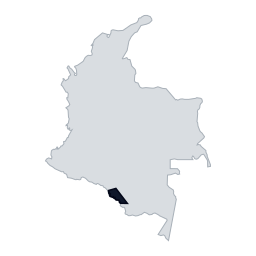 location of Puerto Alegría, Amazonas, Colombia
{"feature_id": "7082276B15256258741932", "entity_name": "Puerto Alegría", "entity_type": "district", "adm_level": 2, "iso_a3": "COL", "parent_name": "Colombia", "parent_adm1": "Amazonas", "projection": "orthographic", "projection_center": [-73.853, -0.95], "detail": "fine", "context": "in_parent", "style": "filled", "palette": "ink", "viewbox_px": 256, "rotation_deg": 0, "n_neighbors": 0, "source": "geoboundaries", "source_scale": "gbopen_adm2", "svg_char_len": 5484}
<svg xmlns="http://www.w3.org/2000/svg" viewBox="0 0 256 256"><path d="M149.5,22.9L146.7,24.1L141.0,25.5L137.2,31.8L134.6,32.9L131.3,36.6L128.9,41.2L127.1,50.5L122.3,58.5L122.7,58.9L124.6,58.5L126.5,57.6L127.1,57.9L127.8,59.3L130.0,59.6L131.8,66.1L135.1,69.4L135.5,70.7L135.9,73.4L134.8,75.0L134.4,80.9L135.5,82.4L138.0,83.0L139.7,86.7L140.7,87.6L142.3,88.1L145.9,87.6L152.6,88.2L154.1,88.1L157.9,86.8L162.6,88.4L166.1,88.7L175.6,99.9L176.6,99.5L177.8,100.2L180.2,99.1L182.2,98.9L184.9,99.4L188.5,99.4L195.7,98.3L196.7,97.7L200.7,98.3L201.8,99.1L202.4,101.2L202.0,102.5L200.6,103.8L199.9,105.5L199.8,107.5L199.1,109.0L197.8,110.0L197.4,111.4L197.7,113.3L197.0,121.8L197.6,122.5L198.0,126.0L199.7,130.5L200.5,131.8L201.9,132.9L204.5,136.6L203.9,137.9L197.5,143.7L197.1,145.0L198.4,144.5L200.4,145.0L201.1,146.4L205.9,150.5L205.9,152.1L207.3,155.2L207.0,155.8L210.4,164.6L210.5,166.4L207.7,166.9L207.6,161.1L207.2,159.9L204.0,154.7L203.4,154.2L201.3,154.8L197.8,158.7L196.2,159.2L194.8,158.7L193.5,156.4L192.7,156.0L191.8,157.9L192.9,159.6L177.4,159.6L174.4,158.9L170.2,159.7L170.2,168.6L177.5,168.7L179.6,171.2L179.4,173.3L179.7,174.0L177.9,174.5L175.4,173.1L170.8,174.7L167.5,175.1L167.2,184.9L169.2,187.3L173.2,189.9L173.7,191.7L173.5,193.4L174.4,195.5L175.7,196.6L175.7,197.9L176.3,199.3L168.5,240.6L165.8,238.1L164.8,235.8L163.5,234.9L160.9,235.6L158.1,234.5L167.1,220.4L166.8,219.2L159.4,215.7L158.6,214.9L155.0,213.0L153.0,213.5L151.9,214.5L149.2,214.8L147.0,213.3L144.4,212.3L141.2,214.6L140.3,214.6L138.0,215.6L135.6,216.0L132.5,215.0L130.0,215.7L128.2,215.6L127.5,214.8L125.3,214.0L125.0,213.0L125.7,211.3L124.7,207.9L124.3,207.3L122.6,207.3L120.6,206.0L120.2,205.3L120.7,203.9L120.3,202.7L118.4,200.0L115.6,199.3L113.0,197.0L110.4,196.2L109.2,194.5L108.1,190.9L105.4,188.0L103.5,187.0L102.9,185.7L100.9,185.5L98.3,183.7L97.1,183.5L96.3,184.4L93.9,183.5L91.8,182.1L89.6,181.8L88.2,180.9L85.6,178.3L82.9,177.0L81.3,177.5L80.7,179.4L79.8,179.8L76.6,179.3L76.1,179.7L75.3,179.6L71.4,178.2L67.6,177.6L66.6,174.3L64.1,173.1L63.4,171.6L61.7,171.8L55.1,168.8L52.4,166.7L50.1,165.5L47.7,163.2L47.3,162.3L45.5,160.9L46.4,159.2L48.6,157.9L51.6,158.9L51.9,156.8L50.9,155.0L51.4,150.9L52.2,150.0L53.8,149.2L54.8,149.5L55.4,148.8L57.8,149.1L58.5,148.9L60.3,147.2L61.1,145.9L62.0,146.0L63.9,143.8L63.6,141.6L65.4,141.2L67.4,137.5L68.2,137.5L68.6,135.7L72.0,129.8L70.8,130.5L69.5,130.1L69.7,128.1L69.3,127.8L68.2,129.4L67.3,127.8L67.5,125.3L66.0,125.7L66.1,125.1L68.3,123.2L69.2,118.8L68.5,117.2L68.1,110.7L67.7,109.4L65.9,107.8L68.8,105.9L69.8,104.5L68.5,101.6L66.9,99.1L66.8,97.7L67.8,97.8L68.3,93.8L67.3,92.2L66.1,92.2L62.5,86.2L61.1,84.9L62.2,82.1L63.3,80.8L63.1,78.6L63.8,78.7L65.4,80.7L66.1,80.4L68.6,78.5L68.7,76.8L70.7,74.9L67.9,68.8L67.0,67.9L68.2,65.9L68.8,66.0L69.9,67.9L71.7,69.2L74.3,72.6L75.4,73.3L74.6,74.1L74.4,74.9L74.8,75.4L76.2,75.5L76.8,74.5L76.5,70.4L75.9,68.3L74.5,66.8L74.9,66.2L77.6,65.2L83.2,61.3L85.1,57.6L86.6,56.2L88.2,55.3L90.2,55.5L91.8,55.1L92.3,53.9L91.3,51.3L92.5,47.8L92.4,46.0L93.2,45.0L92.9,44.6L90.9,45.8L93.0,43.3L94.5,39.6L102.5,32.9L107.7,34.5L109.4,34.4L107.2,35.2L106.9,36.2L107.7,37.2L108.5,37.5L109.1,36.9L110.9,33.0L111.1,30.8L111.9,30.1L113.0,29.8L118.1,30.8L123.0,30.4L130.9,24.9L136.8,22.6L138.3,20.3L138.6,18.6L139.7,17.9L140.8,17.9L141.5,17.0L144.2,15.5L147.1,15.4L150.2,16.6L151.7,18.9L151.9,20.5L149.5,22.9ZM57.9,148.4L57.5,148.7L56.8,148.2L56.6,147.5L57.0,147.0L57.6,147.2L57.9,148.4Z" fill="#d9dde1" stroke="#a8b0b8" stroke-width="1"/><path d="M127.4,203.4L115.9,188.4L108.5,190.5L108.4,190.8L108.4,191.0L108.5,191.0L108.6,191.3L108.8,191.3L108.8,191.5L108.7,191.5L108.7,191.8L108.7,192.0L108.8,192.0L109.0,192.2L109.0,192.3L109.1,192.5L108.9,192.6L108.7,192.6L108.6,192.8L108.7,193.0L108.8,193.1L109.0,193.2L109.0,193.3L109.3,193.3L109.5,193.4L109.5,193.5L109.4,193.5L109.4,193.8L109.5,193.8L109.7,193.7L109.8,193.6L109.9,193.8L109.8,194.0L110.0,194.3L110.1,194.2L110.3,194.1L110.3,194.3L110.2,194.4L110.1,194.5L110.1,194.8L109.9,194.8L109.8,194.7L109.7,194.7L109.5,194.8L109.4,194.9L109.4,195.0L109.5,195.2L109.8,195.2L109.9,195.3L110.0,195.3L110.1,195.6L110.2,195.8L110.1,196.0L110.0,196.3L110.3,196.4L110.3,196.5L110.5,196.6L110.8,196.7L111.0,196.7L111.3,196.7L111.5,196.7L111.6,196.8L111.8,196.9L111.9,197.0L112.1,197.1L112.4,197.2L112.4,197.3L112.5,197.3L112.8,197.3L113.0,197.4L113.2,197.2L113.3,197.1L113.3,196.9L113.4,196.7L113.5,196.7L113.5,196.8L113.5,197.0L113.4,197.1L113.4,197.3L113.4,197.5L113.5,197.6L113.6,197.8L113.7,198.0L113.9,198.0L114.0,198.1L114.1,197.9L114.2,197.7L114.3,197.7L114.4,197.8L114.3,198.0L114.2,198.1L114.2,198.3L114.3,198.4L114.5,198.4L114.8,198.3L114.9,198.2L114.9,198.3L115.1,198.3L115.1,198.5L115.2,198.8L115.3,199.1L115.5,199.2L115.5,199.3L115.6,199.5L115.8,199.8L116.0,199.8L116.3,200.0L116.5,200.0L116.6,199.9L116.7,200.0L116.8,200.1L117.0,200.1L117.1,199.9L117.2,199.7L117.2,199.4L117.3,199.3L117.2,199.4L117.3,199.6L117.3,199.8L117.4,200.0L117.5,200.0L117.8,200.1L118.0,200.0L118.0,199.9L118.3,199.9L118.4,200.0L118.5,200.2L118.6,200.3L118.8,200.3L118.9,200.2L119.0,200.2L119.0,200.3L118.9,200.4L118.9,200.5L119.0,200.7L119.0,200.8L119.1,201.0L119.3,201.1L119.5,201.1L119.6,200.9L119.6,201.0L119.5,201.3L119.5,201.5L119.5,201.8L119.8,201.8L119.8,202.0L119.8,202.3L119.7,202.3L119.6,202.2L119.4,202.2L119.4,202.3L119.5,202.4L119.6,202.5L119.8,202.5L120.0,202.5L120.2,202.8L120.1,203.0L120.4,203.2L120.5,203.2L120.7,203.3L127.4,203.4Z" fill="#0f172a" stroke="#020617" stroke-width="1.5"/></svg>